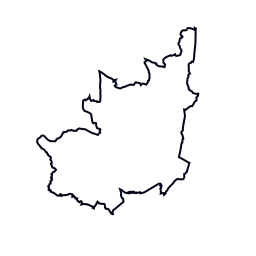 outline of Tilapa, Puebla, Mexico, rotated 343°
{"feature_id": "50627088B76714936003523", "entity_name": "Tilapa", "entity_type": "district", "adm_level": 2, "iso_a3": "MEX", "parent_name": "Mexico", "parent_adm1": "Puebla", "projection": "natural_earth1", "projection_center": [-98.551, 18.619], "detail": "fine", "context": "isolated", "style": "outline", "palette": "ink", "viewbox_px": 256, "rotation_deg": 343, "n_neighbors": 0, "source": "geoboundaries", "source_scale": "gbopen_adm2", "svg_char_len": 5739}
<svg xmlns="http://www.w3.org/2000/svg" viewBox="0 0 256 256"><g transform="rotate(343 128 128)"><path d="M210.4,50.9L208.8,50.8L207.7,51.1L206.2,52.5L205.8,53.5L205.6,54.7L206.0,55.5L206.6,55.9L206.8,56.4L206.6,57.0L205.5,57.5L203.8,57.7L202.1,61.0L200.9,61.7L200.8,62.6L200.9,63.4L201.4,64.7L201.2,66.0L201.8,70.1L200.7,71.0L199.8,73.0L199.3,73.3L198.8,73.5L195.6,73.3L194.7,72.7L194.6,71.3L193.7,71.6L190.3,71.6L189.8,70.8L184.6,71.5L183.6,71.9L182.2,72.6L181.6,73.4L181.0,76.0L181.8,77.1L181.7,78.1L181.9,78.5L181.7,78.9L181.1,79.6L180.8,80.4L180.3,80.4L180.1,79.7L176.1,78.3L174.9,77.2L173.4,75.4L174.0,74.6L171.6,72.9L170.6,72.6L167.9,69.6L166.4,68.5L165.6,68.1L164.8,67.3L165.1,69.3L163.1,69.9L163.2,70.6L162.9,71.1L163.4,72.6L164.1,76.7L164.1,77.1L164.6,79.0L164.3,79.9L164.3,83.1L163.7,84.4L163.5,86.1L162.2,88.0L162.1,88.4L161.7,88.7L161.0,88.7L160.7,89.7L158.2,91.8L156.3,90.5L155.1,89.8L153.8,90.1L152.8,90.7L152.5,88.7L149.0,86.7L148.8,86.9L148.3,86.7L146.5,88.2L145.3,88.4L144.1,87.5L142.6,87.2L139.6,87.3L137.2,87.7L135.0,87.4L133.3,87.9L132.1,87.8L131.5,87.6L129.3,86.1L128.0,84.8L127.7,84.3L127.7,83.5L129.6,83.2L129.5,79.6L129.9,78.8L130.5,78.3L129.4,78.2L128.6,79.4L127.6,79.5L128.0,77.4L126.2,75.4L124.0,73.8L122.1,71.7L120.9,69.6L117.5,65.5L117.1,64.9L116.8,64.2L117.1,65.4L117.1,66.8L115.6,74.3L113.6,79.4L113.3,80.8L112.9,81.6L112.9,83.2L111.3,88.0L111.3,88.6L110.3,91.5L109.0,94.6L108.0,94.6L106.3,94.2L106.5,93.6L103.4,92.2L103.1,91.7L103.1,91.1L100.8,91.4L100.1,89.4L100.4,88.0L100.5,86.5L100.2,86.9L98.5,88.0L98.4,88.3L95.6,89.1L95.4,88.3L93.3,88.5L91.7,92.4L90.8,95.3L90.9,97.7L91.6,99.1L92.3,99.5L95.0,101.8L96.4,103.3L96.7,104.4L95.7,111.8L96.1,113.2L96.5,113.6L97.7,113.3L98.9,114.1L98.3,115.8L98.4,119.0L98.9,119.7L100.0,120.1L101.1,121.1L101.1,121.5L100.1,122.6L99.9,123.2L100.1,123.8L100.1,124.3L98.4,124.9L97.2,125.8L91.9,122.0L86.3,116.4L84.8,116.1L83.8,115.4L82.3,114.8L81.5,114.2L80.2,114.4L79.5,114.4L78.7,114.9L78.2,115.6L75.2,114.8L73.4,113.3L72.6,113.3L72.2,113.5L69.8,112.8L69.3,113.0L68.5,113.6L67.3,113.6L66.6,113.3L66.1,113.6L65.1,113.0L61.8,116.4L60.3,117.1L59.1,117.5L58.0,117.5L56.4,117.8L55.4,118.9L54.4,119.4L51.0,118.2L49.5,117.5L48.0,115.9L46.5,113.3L45.9,111.6L44.4,110.2L43.0,110.2L42.0,110.7L41.3,111.3L38.8,112.0L37.9,112.8L37.4,113.6L37.1,114.4L37.1,115.1L37.5,117.5L38.4,119.0L38.6,119.8L38.8,120.9L39.2,121.0L39.4,121.3L39.5,122.3L40.5,123.1L41.5,124.4L41.9,125.1L42.3,126.8L42.9,127.1L43.1,127.5L43.4,128.5L43.3,128.9L43.7,129.6L43.6,130.2L43.6,130.5L45.4,132.9L45.7,133.4L45.3,134.1L45.2,134.7L44.6,135.3L44.6,136.2L44.9,136.3L45.1,137.0L45.1,137.9L44.9,139.2L44.6,139.6L43.9,139.6L43.8,140.3L44.0,141.2L44.1,143.2L44.2,143.7L46.3,145.3L46.9,146.7L46.9,147.0L46.1,147.3L45.6,147.9L45.3,148.1L44.0,148.1L41.3,149.7L41.6,150.2L41.4,151.4L40.3,152.3L40.2,152.5L40.7,153.2L40.6,153.7L40.3,153.9L39.8,153.9L39.7,154.1L40.2,154.9L40.1,155.3L39.9,155.6L39.1,156.1L38.6,156.3L38.2,156.3L37.8,158.5L36.4,158.8L35.8,159.8L34.6,160.4L34.8,161.3L35.2,161.8L34.8,162.5L34.2,163.1L34.1,164.1L34.5,164.5L35.0,164.4L35.6,164.6L35.9,165.1L35.8,165.4L35.3,165.9L35.4,166.3L35.8,166.5L37.3,167.9L37.7,167.9L39.9,170.9L40.7,171.9L41.2,172.2L43.0,172.7L43.3,171.9L43.7,171.5L44.0,171.5L44.3,171.6L44.7,172.3L44.7,172.8L44.3,173.3L44.4,173.5L45.0,173.3L46.0,173.3L48.0,173.8L51.4,174.2L52.1,173.9L52.8,173.8L53.4,174.0L53.8,174.4L55.3,175.1L55.7,175.8L55.2,176.7L54.6,177.1L54.5,177.6L55.6,177.6L56.3,177.3L57.6,179.5L57.1,179.9L57.3,180.2L58.7,180.6L58.3,181.0L58.4,183.1L59.0,183.5L60.0,184.8L60.8,184.2L61.7,184.2L62.3,186.0L61.0,187.5L63.9,187.8L66.2,189.0L67.0,189.1L67.3,189.7L68.2,190.0L68.6,190.7L71.3,192.9L70.8,194.0L71.9,194.8L72.0,194.2L75.3,191.7L76.1,190.6L76.6,190.3L77.3,189.5L78.0,190.5L77.8,191.1L79.4,192.3L83.1,193.7L83.4,194.4L82.7,197.6L83.1,198.3L83.2,198.1L84.2,199.1L85.3,199.6L86.3,201.8L86.1,202.4L86.5,203.1L86.7,204.1L87.2,205.1L88.1,206.0L88.5,206.0L88.6,204.0L89.3,202.9L89.8,202.4L102.1,197.3L102.3,196.4L102.4,194.9L102.6,194.1L102.2,193.5L101.8,193.3L101.7,192.8L101.6,190.1L102.5,188.1L102.5,184.3L102.8,184.6L102.8,184.8L104.1,185.9L105.3,187.8L106.9,189.4L109.3,190.5L109.6,189.5L111.5,189.7L111.2,190.9L112.9,191.0L113.1,190.2L115.0,190.7L114.7,191.8L116.9,192.1L116.8,192.7L120.7,192.9L120.6,194.0L123.9,194.3L125.7,194.1L141.1,190.3L142.4,190.6L142.3,190.9L143.1,191.5L143.2,192.9L142.0,192.8L142.2,195.3L141.1,195.7L141.2,196.2L140.9,198.3L140.7,199.0L140.1,200.2L143.1,200.6L142.9,202.5L144.6,201.7L146.0,199.7L147.0,199.3L149.1,197.2L150.8,196.4L151.9,195.6L154.9,194.1L156.8,192.5L160.0,191.1L162.8,192.3L165.5,193.1L166.0,193.0L166.6,192.5L167.5,191.3L168.2,188.6L168.5,188.7L169.6,188.2L170.5,187.6L171.0,187.0L171.4,187.1L176.5,179.4L168.2,170.6L170.9,166.0L174.8,158.2L175.6,158.0L176.9,154.7L177.8,154.4L178.0,150.3L177.5,148.4L178.0,147.3L179.6,146.5L180.0,145.7L180.1,144.9L182.0,140.9L185.5,134.2L186.1,132.7L187.1,126.7L188.5,127.5L191.5,126.2L192.8,125.8L194.6,125.4L195.9,125.8L199.8,122.2L201.5,121.8L201.9,120.8L202.0,119.4L202.8,118.5L203.3,118.4L203.8,117.7L204.2,117.6L204.7,117.1L205.1,116.3L205.2,115.7L203.8,115.5L202.4,114.8L200.3,113.5L199.7,111.4L198.9,110.7L198.3,110.3L198.0,109.2L197.6,109.1L197.5,108.1L197.9,106.7L197.5,103.6L197.6,102.2L197.7,101.7L198.2,101.1L199.2,98.4L199.5,98.1L199.8,97.4L200.2,97.1L200.4,97.1L201.1,96.2L201.0,95.1L202.0,94.4L203.1,94.2L202.9,92.8L202.9,90.6L203.4,89.5L204.4,85.4L204.7,84.9L205.1,84.4L205.8,84.0L207.0,84.2L207.4,84.0L208.5,83.1L209.4,83.8L210.7,82.2L212.0,79.5L212.8,77.2L217.3,66.5L221.9,52.6L221.2,51.9L221.0,53.6L220.9,53.8L220.6,53.8L218.3,51.8L216.7,50.8L214.9,50.0L214.2,50.0L213.1,51.0L212.2,51.4L211.1,51.4L210.4,50.9Z" fill="none" stroke="#020617" stroke-width="2"/></g></svg>